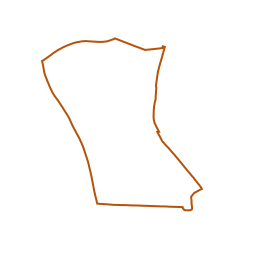 Papendrecht, Zuid-Holland, Netherlands, rotated 71°
{"feature_id": "6326949B523319393128", "entity_name": "Papendrecht", "entity_type": "district", "adm_level": 2, "iso_a3": "NLD", "parent_name": "Netherlands", "parent_adm1": "Zuid-Holland", "projection": "mercator", "projection_center": [4.707, 51.835], "detail": "fine", "context": "isolated", "style": "outline", "palette": "amber", "viewbox_px": 256, "rotation_deg": 71, "n_neighbors": 0, "source": "geoboundaries", "source_scale": "gbopen_adm2", "svg_char_len": 4872}
<svg xmlns="http://www.w3.org/2000/svg" viewBox="0 0 256 256"><g transform="rotate(71 128 128)"><path d="M39.0,111.3L39.3,112.3L39.3,115.3L39.3,115.5L39.3,119.3L38.5,123.1L37.4,126.8L35.8,130.7L33.0,137.5L32.2,139.3L31.8,140.4L31.5,141.7L31.3,142.4L30.8,144.9L30.2,148.9L30.1,150.0L30.0,151.0L30.0,151.9L30.0,152.8L30.0,153.7L30.0,154.9L30.1,156.2L30.2,158.7L30.3,160.1L30.5,162.3L30.6,163.0L30.6,163.4L30.8,164.4L31.1,166.1L31.4,168.3L31.8,170.0L32.0,170.9L32.3,172.2L33.0,174.6L33.3,175.6L33.4,175.8L33.6,176.4L34.6,179.6L35.7,183.2L36.7,187.3L36.7,187.5L37.2,187.5L37.7,187.6L38.3,187.6L38.9,187.7L39.6,187.8L40.3,187.8L41.1,187.9L41.7,188.0L42.4,188.2L43.2,188.3L44.0,188.4L44.8,188.5L45.6,188.7L46.4,188.8L47.2,188.9L47.8,189.0L48.3,189.1L48.9,189.1L49.5,189.2L49.9,189.2L50.4,189.2L51.0,189.2L51.6,189.2L51.9,189.2L53.0,189.1L53.6,189.1L54.3,189.1L55.0,189.0L56.1,189.0L58.1,188.9L60.6,188.7L61.9,188.7L62.7,188.6L63.6,188.6L64.6,188.5L66.9,188.2L68.3,188.1L69.0,188.0L69.6,187.9L70.8,187.6L72.3,187.3L74.0,186.9L74.9,186.6L75.6,186.4L76.8,186.0L78.1,185.6L79.4,185.2L79.9,185.1L86.0,183.5L91.3,182.3L93.3,181.8L93.5,181.7L99.1,180.5L101.7,180.2L104.6,180.0L107.4,179.7L109.3,179.5L111.0,179.2L116.5,178.3L118.6,177.9L121.1,177.5L122.4,177.3L124.8,177.1L126.7,176.9L127.8,176.9L131.0,176.6L135.3,176.6L146.8,176.8L147.8,176.9L148.5,176.9L149.2,177.0L152.5,177.4L156.2,177.7L160.3,178.1L163.9,178.6L168.0,179.2L172.4,179.8L175.5,180.3L180.0,180.8L183.2,181.1L189.5,181.7L190.8,178.7L192.8,174.0L193.1,173.2L194.7,169.5L196.1,166.4L197.0,163.8L197.2,163.4L197.8,161.7L198.2,160.7L198.5,160.0L198.7,159.5L198.8,159.1L198.9,158.8L199.0,158.7L199.1,158.2L199.7,156.7L199.7,156.4L200.3,155.0L200.4,154.8L200.5,154.6L200.9,153.5L201.1,152.9L201.2,152.7L201.4,152.2L201.5,151.9L201.6,151.7L202.6,149.1L202.8,148.7L203.2,147.3L203.9,145.6L204.6,143.6L205.6,141.1L206.2,139.6L206.4,139.2L206.7,138.3L207.0,137.5L207.2,136.9L207.8,135.3L207.9,135.0L208.1,134.6L208.2,134.4L209.0,132.3L209.0,132.2L209.3,131.7L209.5,131.1L209.8,130.4L209.8,130.2L210.0,129.8L210.1,129.5L210.1,129.4L210.6,128.2L211.0,127.1L211.4,126.2L212.4,123.5L212.5,123.2L212.7,122.8L213.6,120.2L214.2,118.6L214.4,118.1L215.0,116.5L215.4,115.7L215.6,115.2L217.5,110.2L218.3,108.0L218.8,106.7L219.7,104.4L220.5,102.3L220.7,102.0L220.8,102.0L221.1,102.1L221.4,102.2L221.7,102.2L222.0,102.2L222.5,102.0L223.4,101.6L223.5,101.6L224.1,101.3L225.8,97.0L226.0,96.1L226.0,95.5L225.7,94.3L225.7,94.0L224.8,93.5L224.4,93.4L223.8,93.3L221.7,92.8L221.1,92.7L220.7,92.7L220.3,92.6L219.8,92.3L218.8,92.1L217.2,91.5L215.6,91.2L213.9,90.8L213.5,90.6L213.2,90.3L213.0,90.0L212.9,89.6L212.8,89.4L212.7,89.3L212.2,88.5L211.1,86.8L211.0,86.6L210.8,86.0L210.8,85.7L210.6,83.9L210.4,83.1L210.3,82.2L210.2,82.0L210.1,81.4L209.8,79.5L209.6,78.0L209.2,78.0L208.8,78.1L208.7,78.1L208.1,78.2L207.9,78.3L207.7,78.4L207.4,78.5L207.1,78.6L206.6,78.7L206.2,78.8L204.9,79.3L202.9,80.0L202.5,80.2L202.2,80.3L201.6,80.5L200.9,80.7L200.7,80.8L200.1,81.0L199.4,81.2L199.2,81.3L198.8,81.5L198.6,81.6L198.4,81.6L198.2,81.7L197.9,81.8L196.7,82.1L196.3,82.2L195.7,82.5L195.1,82.7L194.7,82.9L194.4,83.1L193.8,83.3L192.9,83.6L192.5,83.8L183.8,87.1L179.7,88.6L175.6,90.1L171.3,91.7L170.4,92.1L169.6,92.4L169.1,92.6L168.4,92.8L166.9,93.5L165.5,94.1L165.0,94.3L164.6,94.4L161.9,95.5L160.9,95.9L160.3,96.1L159.3,96.6L158.2,97.1L157.9,97.3L156.9,97.7L156.0,98.1L155.6,98.3L152.9,99.3L152.7,99.5L152.2,99.7L151.7,99.8L151.4,99.9L150.3,100.1L149.6,100.2L146.3,100.7L146.0,100.7L145.9,100.7L145.0,101.0L143.3,101.2L142.7,101.3L141.2,101.6L141.2,101.4L141.3,101.2L141.5,100.4L141.5,100.2L141.6,99.9L135.8,100.8L135.0,100.9L134.3,100.9L133.2,101.1L132.6,101.1L132.4,101.2L131.8,101.2L130.7,101.1L129.4,101.0L129.0,101.0L128.9,101.0L127.8,100.7L127.6,100.7L126.7,100.4L125.6,100.2L124.7,99.8L124.2,99.6L123.0,99.1L122.3,98.9L121.0,98.4L119.4,97.8L116.6,96.5L116.2,96.4L114.5,95.4L112.4,94.3L110.5,92.9L108.9,92.2L107.0,91.5L105.6,90.9L102.3,89.5L101.6,89.2L100.3,88.6L100.1,88.5L99.9,88.4L99.6,88.3L99.4,88.2L97.2,87.8L96.8,87.7L95.9,87.2L94.7,86.6L93.8,86.1L93.1,85.8L91.8,85.1L90.4,84.4L90.0,84.2L88.9,83.6L87.5,82.9L86.4,82.3L85.2,81.7L84.9,81.5L83.6,80.7L82.7,80.1L82.1,79.8L81.4,79.3L80.9,79.0L78.8,77.5L77.6,76.7L76.3,75.8L74.8,74.7L73.9,74.1L73.6,73.9L72.4,73.0L70.5,71.7L70.3,71.6L67.0,69.3L65.8,68.5L63.4,66.8L62.1,68.5L63.6,69.5L63.4,70.4L63.2,71.3L62.9,72.9L62.8,73.4L62.6,74.0L62.1,76.5L61.8,77.7L61.8,77.9L61.6,78.6L60.8,81.9L60.8,82.0L60.6,83.1L60.2,84.3L60.1,84.9L60.0,85.2L59.8,85.8L59.8,86.0L59.6,86.6L59.1,87.2L58.1,88.4L58.0,88.6L57.6,89.1L57.2,89.5L56.5,90.3L56.1,90.8L53.6,93.9L53.4,94.1L53.2,94.4L52.4,95.4L52.0,95.9L51.6,96.3L48.8,99.6L48.0,100.6L47.5,101.1L46.9,101.9L46.6,102.2L46.2,102.7L45.3,103.8L44.9,104.3L44.0,105.3L43.6,105.8L42.9,106.7L42.8,106.8L42.4,107.2L39.0,111.3Z" fill="none" stroke="#b45309" stroke-width="2"/></g></svg>